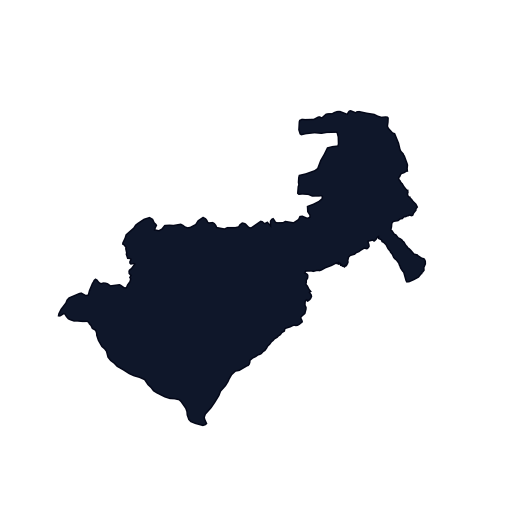 the district of Mehadica, Caras-Severin, Romania, rotated 292°
{"feature_id": "2599482B63819893367743", "entity_name": "Mehadica", "entity_type": "district", "adm_level": 2, "iso_a3": "ROU", "parent_name": "Romania", "parent_adm1": "Caras-Severin", "projection": "robinson", "projection_center": [22.203, 45.07], "detail": "fine", "context": "isolated", "style": "filled", "palette": "ink", "viewbox_px": 512, "rotation_deg": 292, "n_neighbors": 0, "source": "geoboundaries", "source_scale": "gbopen_adm2", "svg_char_len": 6136}
<svg xmlns="http://www.w3.org/2000/svg" viewBox="0 0 512 512"><g transform="rotate(292 256 256)"><path d="M391.5,364.5L393.8,363.3L397.0,362.4L398.2,361.5L404.3,356.0L404.6,355.3L405.8,354.2L407.3,351.0L408.9,349.4L413.9,345.9L421.3,338.7L421.2,336.4L423.9,330.9L425.5,329.2L429.5,328.2L433.4,326.8L433.9,325.8L433.5,324.2L431.5,320.3L431.2,316.4L431.5,312.5L429.8,305.1L428.5,297.6L427.5,295.6L426.1,294.8L426.1,289.4L425.4,288.4L424.9,288.1L423.2,287.7L421.5,287.6L421.4,279.7L420.3,277.2L418.3,274.9L416.4,273.4L414.8,269.6L413.7,267.9L408.7,265.4L408.6,264.2L408.8,263.0L408.1,261.7L404.3,258.5L400.8,250.5L399.9,247.5L398.1,245.8L396.7,245.9L389.1,248.5L385.8,251.2L385.5,252.6L388.1,256.3L392.3,264.1L394.3,270.7L397.1,275.2L400.7,283.5L401.0,284.9L397.2,287.7L390.8,290.5L388.6,290.8L386.1,286.1L383.0,281.8L375.9,281.3L368.9,280.3L360.2,280.5L357.1,278.6L350.8,271.5L346.9,266.0L344.7,266.3L340.2,267.8L338.1,269.1L336.1,269.2L329.8,271.2L329.3,272.6L330.9,275.7L332.8,281.5L332.7,285.6L335.4,292.1L336.5,294.0L336.1,295.2L333.9,295.9L330.2,294.0L325.4,289.8L321.2,285.2L316.5,287.4L314.1,290.8L312.1,291.5L310.8,290.3L310.1,289.2L310.2,284.0L309.0,282.0L306.2,281.9L304.9,281.3L300.8,278.4L299.0,270.3L297.0,268.7L294.8,263.6L294.4,261.5L295.8,259.8L297.0,257.9L295.9,256.9L293.7,256.4L289.3,258.3L291.5,253.9L289.4,252.1L289.3,251.0L290.1,249.1L289.9,247.4L280.3,241.1L279.7,239.5L280.0,237.9L281.7,234.2L281.7,232.6L281.4,230.9L278.8,229.4L276.5,229.1L274.5,226.2L271.5,218.8L269.2,216.7L267.6,208.8L269.2,207.3L270.4,205.2L270.7,203.3L268.9,199.8L269.2,198.4L270.6,197.0L271.6,195.2L271.9,192.5L267.0,189.2L262.6,188.4L257.9,184.4L256.4,182.0L256.3,179.1L257.0,176.7L257.2,174.3L253.3,168.0L252.1,164.3L250.4,160.7L250.0,160.0L245.7,158.7L243.0,156.5L242.2,152.2L244.6,152.0L247.1,152.2L247.8,151.2L248.6,149.1L251.2,146.4L251.7,142.9L248.1,138.5L241.8,134.2L239.5,132.9L236.2,132.3L227.0,127.7L223.5,128.0L218.2,127.7L217.1,128.1L217.0,129.4L215.3,132.3L213.9,132.6L210.4,135.0L209.1,135.1L205.8,137.9L206.4,139.7L206.3,141.1L205.6,141.5L203.7,141.2L202.3,141.7L201.7,143.0L203.0,145.0L203.3,146.0L203.1,146.7L197.8,145.3L195.5,144.0L194.3,144.0L192.3,145.0L191.2,147.4L188.8,147.1L187.9,148.4L185.1,148.8L181.0,147.8L178.3,147.8L177.7,147.4L177.1,145.7L178.1,141.5L178.2,140.2L173.7,132.2L174.6,128.8L174.4,126.7L173.7,124.5L172.5,123.2L172.2,121.3L172.9,119.5L174.1,117.5L174.3,115.9L172.7,115.1L171.4,115.1L169.3,114.7L161.6,114.6L156.9,115.2L155.5,112.9L156.1,107.9L155.0,106.3L147.1,98.4L144.4,97.4L141.2,97.4L133.6,95.3L128.6,94.9L126.6,95.3L126.8,96.2L127.4,97.0L130.6,99.3L130.7,100.5L128.9,102.9L127.5,105.6L127.4,107.6L127.6,111.6L128.9,114.7L130.3,119.4L132.2,124.0L131.9,125.7L130.8,126.8L129.8,129.1L127.6,131.4L127.2,134.6L126.5,135.7L124.9,137.1L122.8,138.1L118.8,141.5L114.4,147.1L113.3,150.4L111.7,153.1L106.8,156.7L104.7,160.4L103.6,164.6L101.7,168.7L100.8,175.7L99.5,182.6L99.3,187.7L99.9,193.4L99.7,199.1L96.3,204.1L94.8,208.0L92.7,211.5L92.0,215.5L91.3,224.3L91.7,229.6L93.2,233.9L94.0,238.6L93.0,241.1L88.5,248.0L85.9,250.3L82.9,251.8L79.3,255.0L78.1,257.6L78.1,262.5L79.0,270.2L80.6,272.1L82.1,272.9L85.4,269.5L87.0,268.4L90.4,268.2L98.5,271.1L104.9,272.5L112.7,273.8L117.4,273.7L124.3,276.2L128.9,277.0L131.9,277.1L136.9,277.8L141.6,280.0L143.7,283.3L150.8,288.7L151.6,289.7L153.3,290.2L155.4,290.0L156.9,289.4L160.2,291.1L162.7,293.4L164.9,294.7L166.3,296.4L167.5,297.4L170.0,298.3L171.8,299.6L174.7,300.3L176.8,300.5L179.4,301.7L182.3,302.4L184.0,303.4L186.1,304.1L188.5,306.0L190.4,306.7L192.2,308.0L194.7,308.6L197.0,310.4L199.1,310.0L200.0,310.4L203.2,314.3L205.5,316.3L206.3,317.6L206.5,319.0L207.4,320.5L209.4,322.0L210.2,322.3L211.8,323.4L212.5,323.4L213.3,322.8L215.2,320.7L216.0,320.5L217.7,321.1L221.0,322.8L225.5,322.2L227.1,321.6L228.7,319.8L232.2,318.6L233.5,318.8L234.4,319.3L234.4,319.7L233.5,320.5L233.5,320.8L235.5,322.0L236.9,322.5L239.3,322.6L240.7,321.6L242.1,319.2L242.7,319.2L243.6,320.0L244.9,317.6L247.4,314.8L248.0,313.5L248.8,312.6L250.1,312.6L252.3,311.7L255.0,312.1L257.1,311.4L257.9,310.8L258.4,309.6L258.5,307.4L260.7,307.8L262.9,312.9L263.3,315.0L265.1,317.3L266.1,319.5L266.2,320.3L267.5,321.8L271.1,324.7L275.5,329.5L279.7,333.1L279.3,333.9L279.7,334.6L280.3,334.7L280.0,334.9L280.3,335.3L279.4,335.4L279.4,335.6L279.6,336.0L279.9,335.9L280.6,336.6L280.6,337.1L279.1,338.0L279.2,338.5L279.8,338.6L280.0,338.8L279.1,339.7L279.0,340.7L279.3,341.0L279.1,342.1L279.8,342.0L280.0,342.6L280.5,343.0L280.5,342.5L280.8,342.3L281.6,343.2L283.1,343.7L283.9,343.5L284.8,343.6L286.0,342.8L289.6,342.2L291.8,343.1L294.6,346.7L296.7,347.7L298.7,349.8L300.3,350.7L303.4,353.0L304.0,353.9L304.2,355.8L304.6,356.4L306.0,357.0L307.3,357.2L308.7,356.5L311.1,354.5L311.6,354.3L314.2,357.8L314.4,358.6L314.1,359.7L314.3,360.1L316.4,361.0L319.4,361.6L320.1,362.3L318.2,363.2L318.0,366.3L316.6,367.5L316.5,369.3L315.2,372.4L312.3,375.7L310.4,379.2L310.0,379.3L308.6,381.9L306.3,384.2L305.5,385.7L304.9,387.8L302.8,391.2L301.4,392.3L300.1,393.8L299.3,394.3L297.7,396.5L296.7,398.1L296.4,399.0L289.5,404.3L288.5,405.5L289.5,407.5L293.2,411.1L297.3,414.5L301.3,415.7L301.8,416.2L303.2,416.0L303.6,416.5L305.7,417.1L308.2,415.9L312.1,416.0L314.6,414.9L316.1,413.3L316.3,412.5L316.0,410.4L317.0,405.6L317.4,405.2L317.1,402.9L316.8,402.0L319.3,397.2L320.1,395.2L320.5,393.4L321.4,392.4L321.8,391.2L322.7,389.9L324.2,388.1L324.5,387.4L324.6,386.5L325.5,385.3L326.0,383.1L326.0,381.1L327.9,377.9L328.0,377.3L327.9,376.2L329.5,373.7L330.1,373.1L330.6,371.2L333.8,370.7L336.6,369.8L337.8,369.7L339.0,370.1L339.9,370.9L342.0,374.4L344.4,375.8L345.0,376.6L345.4,377.5L347.9,378.6L348.6,380.1L349.6,380.8L350.3,382.0L351.4,382.8L351.7,385.2L352.5,386.0L354.8,386.0L358.4,387.1L359.7,386.6L361.8,387.2L363.9,384.8L365.5,380.9L366.7,379.1L367.4,377.3L368.2,376.6L367.9,376.1L368.5,374.5L369.9,373.4L371.0,373.1L370.6,372.5L371.7,373.1L373.7,372.1L373.4,371.5L374.2,369.7L375.9,366.8L377.8,364.4L378.0,363.1L378.3,363.1L378.4,362.6L379.3,361.9L380.6,359.6L382.2,358.9L383.4,359.5L385.4,359.5L387.0,359.9L388.5,361.8L391.4,364.0L391.5,364.5Z" fill="#0f172a" stroke="#020617" stroke-width="1.5"/></g></svg>